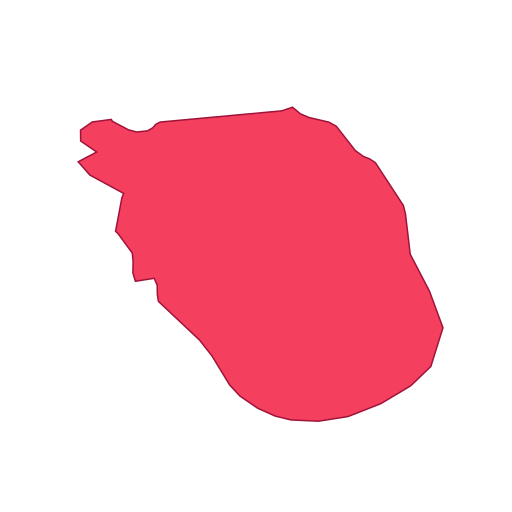 the state/province of São Tomé, rotated 102°
{"feature_id": "STP-4861", "entity_name": "São Tomé", "entity_type": "state/province", "adm_level": 1, "iso_a3": "STP", "parent_name": "São Tomé and Principe", "parent_adm1": "", "projection": "mercator", "projection_center": [6.595, 0.217], "detail": "fine", "context": "isolated", "style": "filled", "palette": "rose", "viewbox_px": 512, "rotation_deg": 102, "n_neighbors": 0, "source": "natural_earth", "source_scale": "10m", "svg_char_len": 814}
<svg xmlns="http://www.w3.org/2000/svg" viewBox="0 0 512 512"><g transform="rotate(102 256 256)"><path d="M327.7,62.0L350.7,77.6L374.4,103.1L393.9,132.6L404.6,160.5L409.1,187.8L408.6,204.0L404.6,222.6L396.4,242.5L387.7,254.9L362.7,278.5L349.9,293.9L320.7,342.0L314.5,344.4L305.0,346.6L299.0,351.0L305.8,368.7L298.2,372.9L286.8,375.1L278.9,377.6L263.0,395.4L261.0,398.5L226.9,399.3L222.3,398.5L211.4,435.3L200.8,449.5L187.4,433.5L180.0,451.4L169.4,453.8L158.9,444.0L152.5,425.9L154.1,424.5L159.1,406.9L159.5,398.5L156.1,388.1L152.0,383.6L148.0,381.4L144.9,377.6L108.7,261.1L102.9,251.2L107.7,242.1L109.5,233.1L109.9,212.5L112.4,204.4L132.2,180.8L136.3,171.6L137.4,165.0L139.9,158.6L176.0,122.3L183.9,118.5L222.2,105.5L254.2,79.1L287.3,58.2L327.7,62.0Z" fill="#f43f5e" stroke="#9f1239" stroke-width="1.5"/></g></svg>